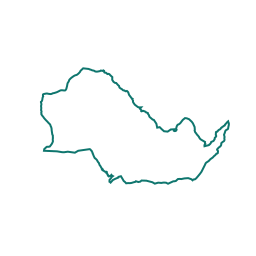 the district of Vulcan, Hunedoara, Romania, rotated 135°
{"feature_id": "2599482B28838011196800", "entity_name": "Vulcan", "entity_type": "district", "adm_level": 2, "iso_a3": "ROU", "parent_name": "Romania", "parent_adm1": "Hunedoara", "projection": "orthographic", "projection_center": [23.277, 45.365], "detail": "fine", "context": "isolated", "style": "outline", "palette": "teal", "viewbox_px": 256, "rotation_deg": 135, "n_neighbors": 0, "source": "geoboundaries", "source_scale": "gbopen_adm2", "svg_char_len": 5716}
<svg xmlns="http://www.w3.org/2000/svg" viewBox="0 0 256 256"><g transform="rotate(135 128 128)"><path d="M164.4,211.8L165.4,210.9L165.7,210.3L165.8,210.3L166.1,210.2L167.0,209.8L168.6,208.6L169.3,208.2L170.2,207.9L170.8,207.9L171.1,208.0L171.5,207.6L171.9,206.7L172.1,206.5L172.3,206.3L172.6,205.9L172.8,205.7L173.4,205.4L173.7,205.2L174.4,204.5L174.8,203.9L175.6,203.1L176.7,202.2L176.9,201.9L177.1,201.7L177.2,201.2L177.3,201.0L177.6,200.7L178.4,200.2L178.6,200.1L178.8,199.6L179.0,199.5L179.6,198.9L179.7,198.4L179.9,197.4L180.1,195.4L180.3,194.6L180.4,193.4L180.5,191.4L180.5,189.1L180.6,188.4L180.6,187.6L180.6,186.0L180.6,185.6L180.8,185.1L181.4,183.9L181.7,182.9L182.0,182.4L182.5,181.6L183.2,180.8L183.7,180.2L184.6,179.0L185.2,178.2L185.9,177.2L186.2,176.8L186.3,176.2L186.7,175.5L187.0,175.3L187.6,174.7L187.9,174.4L188.1,174.0L188.9,173.5L189.3,173.1L189.7,172.7L190.2,172.0L190.5,171.7L190.8,171.5L192.3,170.9L193.4,170.6L194.8,170.4L195.6,170.3L196.2,170.2L196.4,170.2L196.6,170.3L197.4,170.9L197.8,171.2L198.5,172.0L199.1,172.2L199.6,172.2L202.1,172.3L203.5,171.3L194.7,161.7L191.7,157.5L190.4,156.1L187.3,153.8L184.3,149.8L183.0,148.1L179.3,147.1L170.1,140.2L169.8,139.5L169.9,138.9L169.9,137.7L169.9,137.4L170.2,137.0L170.2,136.8L170.4,136.0L170.4,135.9L170.9,135.1L171.1,134.9L171.1,134.4L171.4,133.9L171.8,133.0L172.2,132.0L172.8,130.3L172.8,129.9L172.6,129.6L172.6,129.0L172.6,128.5L172.6,127.6L172.7,127.0L172.8,126.6L173.1,125.9L173.3,124.6L173.3,123.9L173.5,123.6L173.7,123.1L174.3,121.8L174.4,120.7L174.8,119.4L174.9,118.7L175.2,118.1L175.2,117.6L175.0,117.1L175.2,116.5L175.8,116.6L175.7,115.5L175.4,115.0L175.3,113.8L175.1,113.2L174.8,112.7L174.4,112.6L174.2,112.3L174.1,111.8L174.2,111.7L174.3,112.0L175.0,111.6L174.9,111.4L174.9,111.1L175.0,110.6L175.2,109.6L175.4,109.6L175.5,109.2L175.9,108.5L175.5,108.0L175.7,107.2L174.8,106.8L174.0,106.5L172.9,106.6L173.0,105.8L172.7,104.7L173.9,104.9L175.9,104.5L177.7,104.4L178.6,103.6L179.1,103.1L178.9,102.5L178.9,101.7L175.5,101.9L173.0,101.1L169.9,99.8L169.3,100.2L167.1,98.9L167.9,95.7L168.5,93.6L168.3,91.8L168.4,90.2L166.9,89.0L165.7,87.7L164.4,86.7L162.5,85.7L161.0,84.8L160.1,84.8L158.9,82.5L157.2,81.4L155.6,81.3L152.3,77.8L149.1,72.4L148.4,69.7L145.3,68.0L143.3,65.6L141.6,64.4L139.8,62.5L139.1,60.3L133.7,58.3L132.7,57.4L131.6,56.7L130.6,56.7L128.8,56.6L127.5,55.5L126.4,54.2L123.8,52.5L120.9,50.0L119.5,47.2L119.3,45.4L118.9,45.5L118.6,45.5L118.0,45.0L117.6,45.0L117.3,44.7L116.7,44.3L116.3,44.3L115.4,44.2L112.7,44.4L109.6,44.7L107.0,45.1L99.1,47.7L98.3,48.1L97.2,48.2L94.3,47.6L91.8,47.7L88.9,47.2L87.1,47.3L85.6,47.1L83.6,47.3L83.1,46.9L82.2,46.8L80.7,48.0L80.5,48.6L80.5,49.2L80.4,49.5L80.1,49.9L79.5,49.9L78.5,50.0L77.6,50.0L77.3,50.0L77.0,49.9L76.5,49.8L75.8,49.8L75.1,49.8L74.7,49.9L74.0,50.2L73.4,50.7L72.9,51.2L72.7,51.3L72.1,51.3L70.9,51.2L69.6,50.9L69.3,50.9L68.8,51.0L68.3,51.3L68.0,51.5L67.6,52.0L67.3,52.4L67.1,52.7L66.5,53.1L66.1,53.3L64.9,55.3L62.9,56.2L61.6,56.9L60.9,57.2L59.7,57.1L58.7,56.7L57.8,56.7L57.5,56.9L56.4,57.7L56.1,57.9L54.8,58.7L53.8,59.5L53.1,60.6L52.9,61.3L52.5,61.9L53.2,62.0L56.1,61.8L57.1,61.8L57.5,61.5L57.7,61.4L57.9,61.4L58.3,61.5L58.8,61.8L59.8,61.8L60.5,62.1L61.5,62.0L61.9,62.2L62.3,62.2L62.9,62.0L63.7,62.0L64.2,62.1L64.9,62.4L65.5,62.5L66.5,62.4L66.9,62.5L67.2,62.3L67.3,62.3L68.0,62.5L68.5,62.9L69.0,62.7L69.4,62.2L70.0,61.8L70.4,61.3L70.8,61.1L71.0,60.4L71.3,60.0L71.5,59.8L72.2,59.7L72.7,59.6L73.5,59.7L74.3,59.2L74.5,58.9L74.9,58.8L75.2,58.7L76.3,58.5L76.7,58.4L77.9,58.8L79.0,59.3L79.8,58.9L80.6,58.7L81.1,58.7L81.6,58.6L82.2,58.8L82.8,58.7L84.2,59.4L84.6,59.9L85.5,60.2L86.8,61.0L86.3,61.6L85.7,62.0L85.0,62.1L84.3,62.4L84.2,63.0L83.7,63.5L83.4,63.7L84.3,67.1L84.7,68.9L84.4,71.0L84.1,71.5L83.9,73.5L83.9,74.9L83.6,75.7L83.5,77.4L83.2,78.1L82.9,78.5L82.8,79.0L81.8,79.7L81.0,80.7L80.2,81.6L78.8,85.4L78.5,87.3L78.6,91.0L79.6,93.3L80.7,94.7L83.7,95.0L84.8,94.8L85.3,94.8L85.7,94.7L86.6,94.6L86.9,94.5L88.6,94.5L89.8,94.8L90.6,95.2L92.2,94.8L93.3,94.2L94.9,93.1L94.9,92.4L95.8,92.1L96.7,92.4L97.4,93.1L97.5,93.6L96.3,94.5L98.8,96.7L102.5,97.4L104.8,100.2L105.0,103.2L105.0,106.2L107.1,107.6L104.9,111.0L104.0,115.5L104.6,116.5L104.9,120.5L104.8,121.1L104.2,122.0L103.8,124.1L103.4,124.5L103.8,125.5L104.2,126.3L104.1,127.1L104.5,128.0L104.9,129.0L105.0,129.2L105.2,129.4L105.7,129.7L106.7,130.3L106.7,130.5L106.0,130.6L105.9,133.2L104.1,133.3L105.4,134.5L106.2,135.8L106.7,139.7L106.2,142.5L105.7,143.3L105.1,143.8L104.9,144.4L104.6,145.6L104.2,145.6L104.4,146.4L104.1,148.5L103.8,150.7L102.6,153.1L102.5,154.2L102.6,155.0L103.6,155.5L103.9,156.3L104.0,157.1L104.4,157.5L104.8,158.2L104.9,160.2L105.3,161.2L105.4,162.7L104.6,164.1L104.7,165.4L104.6,167.0L104.5,168.1L105.3,169.2L105.6,170.9L105.1,173.2L103.1,175.1L103.2,178.1L103.1,179.2L103.6,180.2L104.4,180.7L104.5,182.6L105.4,183.8L105.3,184.4L104.5,185.3L104.7,186.2L105.8,186.5L106.5,187.8L107.5,188.0L109.3,189.2L110.2,189.9L110.9,190.7L111.3,191.4L111.3,191.9L111.6,192.7L112.4,193.9L112.7,194.5L113.1,195.6L113.7,196.6L114.0,197.5L117.5,201.9L120.8,202.0L121.2,202.0L121.9,201.7L122.5,201.6L124.2,201.5L125.4,201.6L126.2,201.7L126.9,201.9L128.1,202.6L128.7,202.8L129.7,203.1L131.6,203.4L132.1,203.5L133.5,203.6L134.5,203.6L135.2,203.6L135.8,203.4L136.2,203.2L137.1,202.8L138.6,202.5L139.2,202.3L141.4,200.8L142.2,200.3L142.8,200.0L143.7,199.4L144.2,199.2L145.1,199.0L145.5,199.0L145.8,199.0L146.2,199.3L146.8,199.9L147.1,200.3L147.4,200.7L148.4,201.8L148.8,202.1L149.3,202.4L150.2,202.7L151.5,203.1L152.9,203.6L154.3,204.3L155.6,205.0L156.6,205.7L158.0,206.2L158.4,206.5L158.9,206.9L159.6,207.8L160.2,208.6L160.7,209.4L161.5,210.2L163.4,211.5L164.0,211.7L164.4,211.8Z" fill="none" stroke="#0f766e" stroke-width="2"/></g></svg>